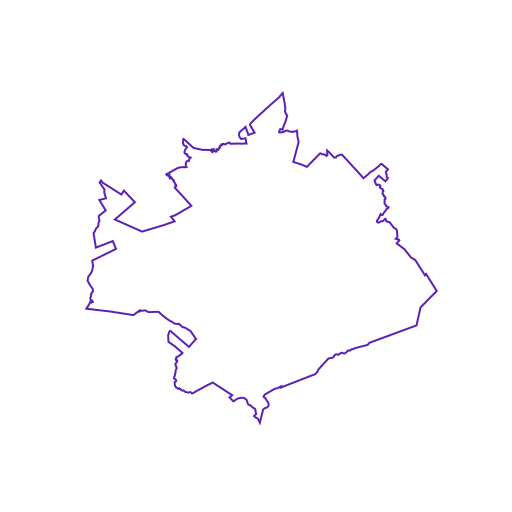 outline of Motozintla, Chiapas, Mexico, rotated 132°
{"feature_id": "50627088B93582456317957", "entity_name": "Motozintla", "entity_type": "district", "adm_level": 2, "iso_a3": "MEX", "parent_name": "Mexico", "parent_adm1": "Chiapas", "projection": "robinson", "projection_center": [-92.331, 15.305], "detail": "fine", "context": "isolated", "style": "outline", "palette": "violet", "viewbox_px": 512, "rotation_deg": 132, "n_neighbors": 0, "source": "geoboundaries", "source_scale": "gbopen_adm2", "svg_char_len": 6139}
<svg xmlns="http://www.w3.org/2000/svg" viewBox="0 0 512 512"><g transform="rotate(132 256 256)"><path d="M408.7,346.8L395.0,327.5L381.9,307.5L374.5,306.1L375.0,305.4L373.6,305.1L372.8,303.9L370.4,301.8L369.9,299.0L368.3,296.7L367.3,296.0L362.7,291.1L362.7,285.8L362.4,280.7L361.9,277.3L361.1,274.1L360.8,271.4L358.8,268.5L357.9,267.9L358.1,266.9L357.8,266.1L358.1,264.4L357.9,262.9L356.6,260.3L356.0,256.6L355.6,255.3L356.0,252.2L356.6,251.0L356.5,250.3L357.7,245.9L357.6,245.1L368.4,245.0L369.0,269.6L370.3,269.7L373.6,268.3L378.4,263.6L377.4,256.3L377.2,245.8L377.5,245.7L378.1,246.2L378.6,245.8L380.3,246.0L381.4,246.5L382.5,246.5L384.5,247.5L385.3,246.8L386.2,246.8L386.9,246.1L386.9,245.8L386.4,245.5L386.7,244.1L390.4,243.6L391.1,242.4L391.2,241.6L391.8,241.2L392.1,240.2L392.4,239.9L394.7,239.2L396.6,237.8L398.3,237.0L399.1,236.3L401.4,235.5L401.9,234.8L401.6,233.6L401.8,232.1L403.3,231.6L404.1,232.1L404.5,231.9L406.3,229.8L406.8,229.0L406.9,228.1L407.2,227.6L406.8,226.1L406.8,225.3L406.4,224.7L405.8,224.5L406.1,223.9L405.4,223.1L405.6,221.9L405.4,220.8L404.4,219.9L404.3,217.4L402.9,215.1L401.2,213.8L400.9,213.1L401.0,211.6L400.0,211.0L396.2,209.9L382.9,205.1L381.0,204.2L379.0,203.6L375.4,180.5L378.7,181.1L379.2,175.7L377.8,175.1L377.0,175.1L374.2,174.2L372.0,172.8L370.8,171.7L369.4,169.5L369.2,166.9L369.5,166.2L371.2,163.3L371.5,162.1L370.8,160.5L370.7,156.9L370.6,155.6L370.3,155.2L370.3,154.3L371.6,152.4L372.6,151.3L373.2,150.2L376.2,150.4L376.4,149.6L375.7,145.6L377.3,141.6L365.5,147.9L363.5,147.7L361.1,146.5L359.5,146.4L358.4,146.8L357.3,147.8L356.7,149.3L355.4,154.3L355.6,156.2L353.2,156.8L342.4,153.3L339.9,151.7L336.1,150.1L337.1,149.5L307.2,134.5L305.7,133.6L303.7,132.9L301.0,132.9L298.5,133.7L283.7,133.6L280.2,131.0L279.6,130.8L277.6,131.2L275.6,130.9L274.9,129.9L274.5,128.9L273.2,128.3L272.3,128.3L270.9,127.8L270.2,127.2L270.0,126.2L269.1,124.9L267.4,124.4L265.0,124.5L264.4,124.2L263.7,123.0L261.0,122.4L260.4,121.6L259.4,121.1L258.5,121.0L247.3,113.5L244.7,113.7L200.2,90.3L184.1,99.3L161.1,98.3L155.5,117.5L157.3,117.5L152.4,135.0L153.4,139.8L151.6,150.2L152.5,159.9L148.4,160.0L148.2,160.9L149.7,163.6L147.0,163.8L142.9,168.2L142.2,169.7L142.8,172.6L141.5,179.3L141.8,180.2L142.7,181.4L142.9,182.5L142.8,182.9L141.8,184.1L141.7,184.7L142.1,184.9L145.0,185.1L145.7,185.4L147.0,186.6L148.7,186.9L149.3,187.4L149.5,187.9L149.7,188.5L149.5,189.1L149.0,189.6L148.8,189.4L147.3,190.0L144.4,190.4L142.0,191.4L141.5,191.4L141.7,190.7L141.6,190.1L140.8,189.4L138.6,189.9L136.2,190.0L133.7,190.4L131.7,189.8L131.1,190.0L131.8,192.6L131.8,193.1L131.1,193.9L131.1,195.3L130.7,195.9L129.6,196.8L129.3,196.9L127.9,198.3L126.7,198.0L125.9,199.4L125.7,200.2L126.0,200.9L125.4,201.7L125.5,202.2L125.0,202.8L125.1,203.5L123.8,204.7L123.3,204.9L122.6,204.7L122.2,205.1L122.0,205.7L121.7,206.8L122.2,208.4L122.2,209.8L120.8,210.2L120.5,211.3L120.9,212.6L121.8,213.4L122.5,213.6L122.6,214.3L121.7,216.1L121.7,216.5L121.4,216.7L120.4,218.5L114.2,218.5L113.9,209.8L111.0,209.9L109.7,210.2L110.0,211.5L108.4,213.1L106.8,215.6L106.5,215.8L103.3,215.9L103.5,223.9L104.0,224.7L108.5,225.1L113.5,225.9L117.6,227.3L120.2,227.3L126.3,228.2L125.1,238.4L124.9,241.9L123.6,254.6L123.2,260.1L124.8,261.4L126.0,261.8L127.1,262.5L128.1,262.7L129.3,262.5L130.6,263.7L130.0,269.9L130.0,273.7L133.4,270.4L134.5,270.6L134.6,273.0L136.1,274.8L136.1,275.6L136.8,277.0L155.8,277.9L157.2,282.4L161.1,291.2L142.9,300.5L139.1,305.6L135.4,309.4L137.6,310.5L138.4,311.4L138.9,311.4L139.3,311.8L140.1,313.2L140.7,313.7L141.6,316.2L142.2,317.2L143.1,317.7L145.2,318.5L145.9,319.0L147.7,320.3L148.4,321.1L148.6,321.6L146.8,322.6L145.4,322.9L144.3,320.8L141.0,322.4L135.7,324.3L130.6,326.9L130.6,328.2L129.1,331.4L127.4,332.2L123.4,336.8L117.1,345.2L121.4,345.2L121.6,345.0L122.2,345.0L125.5,345.4L134.9,346.5L152.1,348.2L160.7,348.8L162.5,348.4L165.3,339.6L171.2,342.7L170.0,344.6L167.7,349.1L167.0,350.1L175.2,351.1L177.2,349.9L178.6,347.8L179.0,345.3L175.5,342.5L178.1,339.4L178.8,338.3L180.3,340.1L182.1,341.7L183.7,343.8L189.7,350.1L189.5,351.7L191.5,352.9L193.8,353.6L194.1,354.0L194.2,354.4L193.7,355.1L194.1,354.8L194.7,355.6L195.3,355.9L195.7,355.9L195.9,355.7L196.4,356.3L196.8,355.8L197.1,356.2L197.8,356.1L198.7,356.4L198.9,356.3L199.0,355.9L199.4,355.8L199.6,355.3L200.0,355.4L200.3,355.7L200.8,355.4L201.5,355.4L202.1,355.0L202.7,355.3L202.7,356.5L203.1,356.8L204.8,355.3L205.1,355.5L204.9,355.7L205.8,357.0L206.0,357.1L205.5,357.9L206.6,358.0L205.5,359.0L206.2,359.1L206.2,359.4L206.0,359.8L206.3,360.3L206.9,360.2L207.8,358.4L208.0,358.3L207.8,360.7L208.3,361.5L213.0,366.9L217.5,374.7L217.4,388.2L217.6,388.3L218.6,387.7L220.4,386.3L221.9,384.4L221.9,383.8L221.6,382.4L221.1,381.4L221.2,380.5L221.5,379.9L223.1,380.0L224.8,379.6L226.4,378.9L227.3,378.0L227.4,377.1L226.6,375.6L226.5,375.1L226.8,374.6L227.5,374.4L227.3,372.5L226.7,370.4L227.8,370.6L229.7,370.0L230.2,369.5L232.0,370.9L233.3,370.5L234.6,369.9L235.1,369.1L236.2,368.4L236.5,367.2L237.3,367.8L238.4,369.3L240.9,371.7L243.1,373.1L255.3,377.3L255.5,376.6L254.4,376.3L254.5,375.8L255.1,374.9L253.9,374.4L254.7,373.9L255.4,372.9L254.9,373.0L254.7,372.8L255.4,372.1L255.0,372.3L254.6,372.0L255.0,371.5L254.4,371.3L254.5,370.9L254.8,371.0L254.9,369.0L255.0,369.0L254.9,367.6L255.4,367.6L256.8,362.6L257.4,362.2L257.6,362.8L258.0,362.3L259.6,362.1L260.7,349.8L262.0,337.6L279.8,343.3L283.7,345.5L284.7,339.7L294.9,345.3L314.1,357.0L323.3,385.3L297.1,382.0L295.8,397.9L300.4,397.2L304.1,419.0L303.6,421.7L306.0,421.3L308.0,413.1L310.2,411.4L313.5,406.1L319.2,409.9L322.7,398.2L331.3,399.6L332.5,398.7L333.3,397.4L334.4,396.2L335.0,395.7L335.7,395.6L337.4,394.8L338.6,393.5L339.7,393.4L340.5,392.9L342.3,393.3L345.8,392.2L347.7,392.0L356.9,380.6L340.7,372.4L344.4,364.8L369.0,374.6L372.4,370.4L376.4,368.0L378.9,367.2L383.4,366.8L387.0,364.8L389.1,358.7L389.2,357.5L389.8,355.1L391.2,353.7L392.2,353.4L393.0,353.5L393.7,353.2L394.8,353.2L395.4,352.2L397.9,351.1L399.2,349.9L399.4,349.5L399.2,348.3L398.8,348.1L399.2,346.6L399.5,346.5L400.1,347.1L400.3,348.0L400.6,348.0L401.0,347.6L401.4,348.4L403.4,347.7L408.7,346.8Z" fill="none" stroke="#5b21b6" stroke-width="2"/></g></svg>